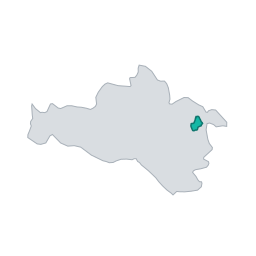 Divaca highlighted on a map of Slovenia, rotated 213°
{"feature_id": "SVN-1025", "entity_name": "Divaca", "entity_type": "Municipality", "adm_level": 1, "iso_a3": "SVN", "parent_name": "Slovenia", "parent_adm1": "", "projection": "albers", "projection_center": [14.026, 45.685], "detail": "fine", "context": "in_parent", "style": "filled", "palette": "teal", "viewbox_px": 256, "rotation_deg": 213, "n_neighbors": 0, "source": "natural_earth", "source_scale": "10m", "svg_char_len": 2221}
<svg xmlns="http://www.w3.org/2000/svg" viewBox="0 0 256 256"><g transform="rotate(213 128 128)"><path d="M221.5,95.9L216.2,93.9L209.8,93.2L208.6,94.4L206.1,95.6L204.9,97.7L206.1,105.9L204.6,107.3L197.4,106.7L195.0,107.7L191.2,113.5L187.3,116.0L182.2,117.9L178.4,120.0L173.7,121.9L169.6,123.1L168.1,125.6L167.1,128.4L167.4,131.0L171.7,136.2L172.4,141.8L172.1,148.7L171.2,152.3L169.6,154.8L159.4,158.1L148.8,163.9L148.5,165.2L153.5,170.2L153.7,171.4L149.7,174.3L149.4,177.2L149.9,180.5L152.1,183.8L152.9,186.8L147.0,189.2L139.0,188.5L129.5,184.3L126.2,185.0L123.0,187.2L119.8,186.3L116.1,183.7L111.0,178.3L108.5,175.0L107.4,171.4L106.1,170.9L104.0,172.0L102.2,176.3L97.6,184.1L94.1,186.2L88.8,185.8L81.4,185.9L76.9,186.6L71.2,183.8L69.9,184.4L69.9,186.2L67.8,189.0L64.3,190.8L48.3,186.6L46.1,183.1L49.7,181.5L54.7,177.0L58.1,177.5L62.3,176.6L64.1,174.7L61.5,169.0L54.9,162.0L51.4,159.3L46.6,157.6L45.7,155.7L48.5,144.7L47.7,143.1L42.2,143.6L40.9,142.4L40.5,140.5L40.8,137.9L44.6,133.6L48.7,129.8L49.8,127.7L49.7,126.0L44.4,124.3L41.3,122.6L38.8,121.9L37.0,122.9L35.8,121.8L34.5,118.6L35.8,113.8L40.6,109.4L45.6,105.4L50.1,102.6L52.6,101.3L53.8,96.4L56.4,96.9L61.7,97.2L67.5,98.3L72.9,99.7L77.6,101.4L87.6,103.3L96.7,104.3L99.5,105.3L101.7,105.2L104.5,106.7L106.1,105.6L107.3,103.6L112.2,101.2L116.8,98.0L119.9,94.1L121.7,91.0L124.8,88.7L128.1,88.0L131.1,86.9L144.0,85.3L157.2,86.2L163.5,83.9L168.6,80.0L176.1,78.8L176.5,78.8L187.9,81.4L188.7,79.7L189.2,78.9L188.8,70.7L192.2,66.8L195.5,65.2L206.8,65.4L208.3,67.9L209.0,71.8L210.2,77.0L212.1,78.4L213.2,80.5L213.1,84.1L215.4,86.8L220.8,94.0L221.5,95.9Z" fill="#d9dde1" stroke="#a8b0b8" stroke-width="1"/><path d="M73.9,162.1L76.0,163.6L76.6,164.4L77.3,166.1L76.7,166.8L76.0,167.1L75.6,167.9L75.4,168.5L75.6,169.1L75.8,169.6L75.9,170.8L76.1,171.4L76.4,172.1L76.7,172.9L76.5,173.4L76.5,173.6L77.1,173.9L77.1,174.8L76.3,175.1L76.0,175.7L75.7,175.9L75.3,176.0L74.1,175.8L73.2,175.0L72.0,174.5L70.9,173.7L69.9,173.1L68.7,172.9L67.9,172.3L68.3,170.7L67.8,169.9L69.4,167.5L69.7,166.9L69.6,166.1L69.2,165.4L69.0,164.5L69.1,163.9L69.5,163.5L70.2,163.2L71.1,161.7L71.8,161.3L72.0,161.2L72.4,161.2L72.6,161.3L73.9,162.1Z" fill="#14b8a6" stroke="#0f766e" stroke-width="1.5"/></g></svg>